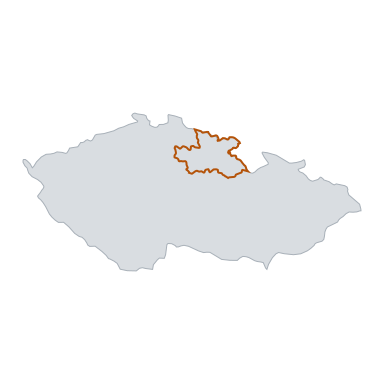 Královéhradecký highlighted on a map of Czechia
{"feature_id": "CZE-1598", "entity_name": "Královéhradecký", "entity_type": "Region", "adm_level": 1, "iso_a3": "CZE", "parent_name": "Czechia", "parent_adm1": "", "projection": "natural_earth1", "projection_center": [15.778, 50.402], "detail": "fine", "context": "in_parent", "style": "outline", "palette": "amber", "viewbox_px": 384, "rotation_deg": 0, "n_neighbors": 0, "source": "natural_earth", "source_scale": "10m", "svg_char_len": 6332}
<svg xmlns="http://www.w3.org/2000/svg" viewBox="0 0 384 384"><path d="M361.0,210.8L359.7,210.9L356.8,211.9L353.1,212.2L349.1,212.0L346.0,213.7L343.1,216.5L340.1,218.5L338.5,220.2L337.6,222.0L327.4,227.0L326.0,229.1L324.9,232.0L324.5,235.9L323.8,239.4L322.0,241.2L316.5,242.8L315.1,243.7L314.1,245.4L311.0,248.2L307.4,250.8L300.7,253.8L293.5,254.7L284.1,253.7L278.6,252.5L276.0,253.8L272.4,257.7L268.5,264.4L266.9,269.4L265.6,268.0L263.3,262.6L260.8,262.0L257.3,261.5L254.7,260.7L249.0,257.6L246.1,256.7L242.8,256.4L239.6,258.2L237.3,260.4L229.8,260.3L221.6,259.4L209.9,252.3L206.9,252.2L203.6,252.6L198.5,250.9L188.6,246.3L184.0,245.3L181.0,245.9L178.4,246.9L176.4,247.0L175.3,245.6L171.7,243.7L168.0,243.5L166.9,244.6L165.6,254.7L164.3,258.3L159.3,258.1L157.4,259.8L153.4,264.7L152.6,269.4L145.7,268.5L142.4,267.7L139.5,268.3L136.3,270.9L127.3,270.7L120.2,269.2L117.2,263.4L114.0,261.1L109.9,259.0L108.5,258.6L106.2,255.4L102.0,251.5L95.1,246.2L89.7,246.4L87.7,245.0L86.9,243.1L84.7,239.7L82.1,237.3L79.1,236.4L74.7,233.4L68.9,226.9L63.6,222.3L58.4,222.4L55.1,220.1L51.8,217.0L49.4,214.0L45.7,206.7L43.0,202.5L40.8,199.9L38.4,197.8L37.6,196.1L40.6,192.2L41.7,190.3L43.0,188.8L43.8,187.3L43.8,186.1L41.1,182.3L37.5,179.5L32.1,176.7L28.8,173.2L27.6,169.9L27.2,168.2L24.9,165.8L23.0,162.2L23.1,160.1L23.6,159.5L25.3,159.5L27.3,161.0L30.1,163.8L32.3,167.8L33.8,166.3L36.5,161.9L41.3,157.0L46.1,154.3L50.5,154.0L54.0,153.3L57.0,151.9L62.1,152.4L65.8,153.4L67.0,152.8L68.6,150.3L69.6,148.1L77.8,146.8L80.7,142.5L82.3,142.6L84.1,141.9L85.9,140.3L87.6,139.7L88.9,140.5L90.6,141.0L92.4,140.0L95.2,135.1L96.7,134.4L103.9,133.6L113.8,130.8L118.8,128.2L123.7,126.8L129.0,124.4L137.3,122.0L137.7,121.0L133.9,118.6L132.6,117.0L131.7,115.4L133.1,113.7L134.9,113.1L137.3,113.9L144.2,114.9L146.1,115.9L146.8,118.4L148.6,120.7L150.0,121.0L149.5,124.8L151.7,126.2L154.9,127.4L157.1,127.1L158.6,125.6L159.2,124.5L163.5,124.4L167.9,122.8L168.3,120.2L168.0,115.3L168.5,114.6L175.0,116.0L181.6,118.2L182.5,123.0L184.3,125.4L186.4,127.6L188.4,128.5L191.9,128.7L200.8,131.6L205.1,132.1L209.6,134.1L213.3,136.2L216.0,136.6L217.3,138.8L219.0,140.3L221.9,139.2L232.7,137.5L236.6,139.7L239.2,142.0L239.6,142.7L238.2,144.8L237.5,146.4L236.4,147.4L232.7,148.5L230.6,150.3L229.1,152.3L230.1,154.2L233.2,155.6L235.3,156.0L236.1,157.3L243.0,163.5L248.5,171.6L250.6,172.9L252.6,173.2L254.9,172.0L257.6,169.4L260.7,167.5L263.4,166.5L268.1,164.3L268.3,162.8L264.3,157.3L262.0,152.9L262.6,152.1L267.6,152.8L276.2,155.2L289.4,163.1L291.8,163.1L296.4,162.5L301.4,161.2L303.7,159.8L304.6,160.3L305.4,164.7L304.2,167.0L298.2,169.3L298.5,170.5L300.1,172.0L302.8,173.0L306.1,175.8L308.4,179.0L310.4,180.5L312.6,181.2L318.0,179.5L319.5,178.1L320.2,177.2L321.3,177.4L323.2,179.0L323.8,179.9L329.1,181.7L332.2,183.9L334.2,184.9L336.3,183.9L344.8,185.7L347.1,187.1L347.9,189.6L347.5,191.1L348.8,194.9L359.6,204.2L360.8,208.9L361.0,210.8Z" fill="#d9dde1" stroke="#a8b0b8" stroke-width="1"/><path d="M194.8,129.4L200.7,131.1L201.3,131.4L201.9,132.2L202.3,132.5L202.8,132.7L207.0,131.9L208.2,132.0L208.3,132.4L208.5,132.8L211.0,136.3L211.3,136.4L212.7,136.3L215.7,135.4L216.5,135.5L217.2,136.0L217.8,137.0L218.2,137.9L218.5,138.8L218.4,139.6L217.7,140.0L217.6,140.4L217.6,140.6L217.7,140.8L219.8,140.5L222.9,138.1L225.0,138.3L226.6,139.2L227.4,139.5L228.2,139.4L228.8,138.7L229.2,137.9L229.5,137.3L230.2,137.2L232.0,137.2L233.6,137.5L235.1,138.3L239.4,141.9L239.9,143.1L238.3,143.7L238.5,144.1L238.5,144.4L238.3,144.5L238.1,144.9L238.1,145.2L238.0,145.7L238.0,146.1L237.7,146.5L236.7,147.4L236.2,147.9L235.4,148.1L233.8,147.7L233.0,147.9L232.6,148.7L231.8,149.3L231.0,149.7L230.2,150.2L229.9,150.3L229.5,150.5L229.2,150.6L229.4,151.3L229.5,151.5L228.5,151.3L228.1,152.3L228.6,153.4L230.2,153.7L230.9,155.3L231.1,155.7L231.7,156.1L232.1,156.0L232.5,155.8L233.0,155.6L235.3,155.6L235.8,155.8L236.1,156.4L236.2,156.9L236.1,157.5L236.3,158.1L237.2,159.1L239.4,159.7L240.5,160.4L241.2,161.2L242.5,163.1L243.2,163.9L243.9,164.8L245.4,166.1L245.9,167.3L246.5,169.5L247.0,170.3L247.9,171.3L242.6,169.9L242.3,170.0L242.1,170.2L242.0,170.5L241.9,170.9L241.8,171.8L241.7,172.1L241.4,172.5L236.2,174.5L235.9,174.7L235.7,175.0L235.5,175.8L235.3,176.1L235.0,176.4L234.8,176.6L234.1,176.9L229.6,177.3L228.8,177.5L228.1,178.0L226.1,176.6L225.6,176.5L225.3,176.4L224.5,175.5L224.3,175.4L223.9,175.3L223.3,175.1L222.7,174.6L222.2,174.0L221.9,173.4L221.6,173.2L218.7,172.7L218.3,172.5L218.1,172.1L218.0,171.7L217.9,170.4L217.9,170.1L217.7,169.8L217.5,169.7L216.1,169.3L214.0,169.4L213.5,169.5L210.3,172.1L210.1,172.2L209.8,172.2L209.6,172.0L209.4,171.8L209.1,171.1L208.6,169.5L208.4,169.3L208.2,169.2L205.7,169.8L205.4,170.1L205.1,170.5L204.5,172.2L204.2,172.5L203.9,172.6L203.5,172.5L201.5,171.3L201.2,171.3L199.7,171.6L199.0,171.6L197.0,170.8L196.2,170.9L195.3,171.3L192.2,173.6L191.8,173.7L189.1,172.8L189.2,172.6L189.2,172.4L189.0,172.0L188.3,171.2L187.9,170.7L187.5,170.4L186.7,169.9L186.4,169.6L186.4,169.2L186.5,169.0L187.3,168.4L187.5,168.1L187.7,167.8L187.7,167.7L187.6,167.3L186.8,165.5L186.6,164.8L186.5,164.3L186.5,163.4L186.3,162.3L186.2,162.0L185.9,161.6L185.5,161.3L185.2,161.2L184.8,161.2L182.8,161.4L181.4,161.1L181.0,161.1L180.0,161.2L179.7,161.3L179.3,161.2L179.0,161.1L178.8,160.9L178.6,160.6L178.5,159.8L178.3,159.3L177.8,158.8L177.5,158.5L177.2,158.3L174.8,157.5L174.6,157.4L174.5,157.2L174.5,156.7L174.5,155.8L174.7,155.3L174.8,155.0L175.3,154.5L175.7,153.8L175.9,153.5L175.9,153.0L175.9,152.3L175.4,149.8L175.3,149.5L175.2,149.2L174.8,148.7L174.7,148.3L174.7,147.8L174.9,147.5L175.0,147.4L175.1,147.2L175.3,147.0L175.3,146.8L175.2,146.5L175.3,146.4L175.5,146.4L176.0,146.3L176.8,146.5L179.5,148.4L179.8,148.6L180.2,148.6L180.5,148.5L182.6,146.5L183.1,146.3L183.6,146.3L185.8,147.1L186.8,147.7L188.3,149.3L189.0,149.8L189.4,149.9L189.8,150.0L190.1,149.9L190.4,149.7L190.6,149.4L190.7,148.9L190.9,146.9L191.0,146.5L191.3,146.3L192.6,146.0L192.9,146.0L193.2,146.0L193.5,146.1L194.5,147.0L195.1,147.3L198.9,147.9L199.3,147.8L199.6,147.7L199.7,147.3L199.8,146.9L199.8,146.5L199.7,146.1L198.0,142.9L197.9,142.7L197.9,142.4L198.3,141.0L198.3,140.7L198.3,140.3L198.2,139.9L198.0,139.5L197.8,139.2L197.2,138.6L197.0,138.1L196.8,137.5L196.8,136.3L196.8,135.7L197.0,135.2L197.1,134.9L197.2,134.5L197.1,134.0L195.5,131.3L194.8,129.4Z" fill="none" stroke="#b45309" stroke-width="2"/></svg>